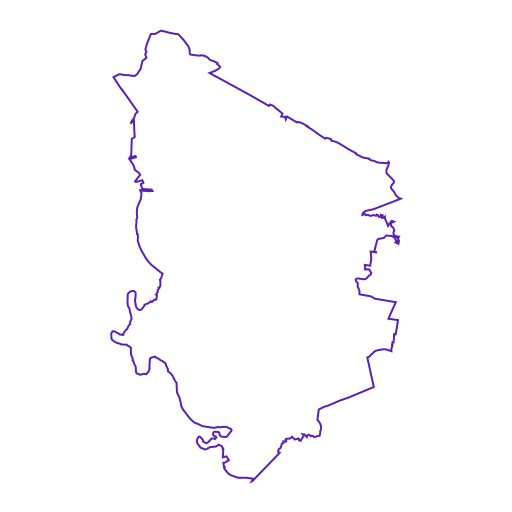 Carlos A. Carrillo, Veracruz, Mexico
{"feature_id": "50627088B62074843364155", "entity_name": "Carlos A. Carrillo", "entity_type": "district", "adm_level": 2, "iso_a3": "MEX", "parent_name": "Mexico", "parent_adm1": "Veracruz", "projection": "albers", "projection_center": [-95.723, 18.328], "detail": "fine", "context": "isolated", "style": "outline", "palette": "violet", "viewbox_px": 512, "rotation_deg": 0, "n_neighbors": 0, "source": "geoboundaries", "source_scale": "gbopen_adm2", "svg_char_len": 6080}
<svg xmlns="http://www.w3.org/2000/svg" viewBox="0 0 512 512"><path d="M155.3,33.9L150.9,34.0L147.2,43.0L145.4,49.3L146.5,52.0L145.2,54.2L146.4,57.8L142.5,60.9L140.5,69.1L137.0,74.3L134.8,75.9L133.5,75.9L128.0,75.2L123.4,74.9L119.6,74.1L113.5,77.1L119.9,87.0L122.1,90.1L122.2,89.8L137.7,111.8L135.3,114.1L134.0,118.5L133.7,118.5L132.0,120.7L130.9,122.9L131.2,123.1L133.5,120.1L134.0,120.4L134.2,128.3L134.7,137.0L131.8,138.9L131.2,155.2L129.7,157.7L135.5,156.0L135.9,157.2L129.5,159.2L133.3,164.8L134.9,169.4L134.7,169.6L135.3,170.3L138.6,172.6L140.2,174.8L135.0,181.4L135.6,181.9L137.4,181.7L142.3,180.2L143.4,182.8L140.8,184.2L142.2,188.9L144.8,189.2L151.6,189.6L152.4,191.0L148.5,191.2L141.9,190.6L140.3,190.2L140.8,191.8L141.1,191.9L141.4,193.0L141.3,195.3L140.7,199.4L137.8,206.0L137.2,207.9L136.8,212.9L137.2,218.1L136.4,219.3L136.5,222.4L136.0,226.4L137.1,234.1L137.7,234.2L137.9,236.9L137.8,240.5L138.4,242.8L139.4,246.0L141.2,250.1L145.8,258.1L148.4,261.7L151.3,264.8L161.1,272.7L162.6,273.6L161.2,278.0L160.0,279.6L160.1,280.8L160.5,281.1L160.3,282.5L160.4,285.5L159.7,287.1L158.7,287.5L159.2,288.1L158.0,289.6L157.7,290.7L157.7,292.0L156.9,293.2L156.9,293.6L156.1,294.5L156.8,294.7L156.9,295.6L156.4,299.1L155.8,299.8L155.1,299.6L154.3,299.9L151.8,302.0L150.7,301.3L150.0,302.1L147.7,303.5L145.2,304.4L144.4,305.1L144.5,305.6L141.3,309.6L139.6,310.0L138.7,309.8L137.3,308.7L136.3,307.2L135.8,305.5L134.9,300.2L135.4,298.4L135.7,293.8L135.3,292.2L133.9,291.0L133.3,290.9L131.0,291.3L129.6,292.1L128.3,293.3L127.7,294.5L127.5,303.3L127.9,305.8L129.5,308.7L130.1,312.5L130.7,313.9L131.6,318.8L130.1,322.0L130.3,323.7L128.8,325.4L127.1,329.0L125.5,330.4L123.4,333.5L123.3,334.9L119.9,334.5L118.1,333.2L115.2,331.8L113.2,331.1L112.0,332.0L111.3,333.6L111.4,338.2L112.0,339.8L115.4,342.2L117.3,343.1L119.8,343.6L120.9,344.3L124.5,344.7L125.6,344.6L126.9,344.7L127.4,345.5L128.9,346.2L130.9,347.8L130.9,351.5L131.1,352.6L130.9,354.3L132.7,358.5L132.6,360.4L133.5,361.3L134.3,364.1L135.7,366.7L136.0,371.6L136.4,373.0L136.9,373.5L138.6,374.0L140.0,374.8L144.0,373.8L146.3,374.2L148.5,371.7L149.7,368.1L149.4,367.0L149.7,361.8L150.1,358.5L150.6,357.9L154.9,356.6L156.1,357.6L158.1,358.5L160.9,360.4L162.8,361.3L165.0,362.9L165.6,363.6L166.3,365.9L168.0,369.3L167.8,371.1L170.5,373.3L172.7,376.0L175.5,381.7L176.5,382.5L177.0,392.4L179.6,397.9L179.9,399.9L180.6,401.8L181.1,405.6L182.0,407.5L183.0,409.5L190.0,418.6L193.2,421.6L195.2,423.0L197.4,423.7L202.6,426.2L213.9,427.9L218.2,427.0L220.8,427.2L222.4,426.9L226.4,426.9L231.1,429.1L231.6,430.3L230.8,431.6L226.5,437.0L221.3,436.6L219.8,435.5L219.4,433.1L218.5,432.0L214.6,431.7L213.9,432.0L213.1,433.4L213.1,434.8L214.5,436.3L215.7,436.5L216.4,437.2L215.3,438.9L213.1,438.5L211.6,438.6L208.2,442.2L206.3,443.3L203.2,441.6L203.0,440.3L201.7,438.4L200.2,436.9L198.9,436.6L197.4,438.7L196.8,440.8L197.2,443.1L200.5,447.6L204.9,449.4L206.1,449.3L210.2,447.1L216.1,446.5L218.8,444.7L221.7,446.2L222.5,447.5L222.7,448.9L223.3,448.8L222.9,457.3L226.5,456.4L228.9,460.2L224.9,462.6L223.4,462.7L223.8,465.9L224.7,467.1L224.0,467.5L224.8,469.3L226.0,470.8L228.2,473.4L230.7,475.1L237.7,477.7L237.9,477.5L240.4,477.9L240.8,477.7L246.7,477.8L253.3,478.7L251.8,481.3L252.6,480.9L279.7,452.8L278.2,452.0L278.1,451.5L278.7,449.3L280.6,447.9L281.8,443.8L283.3,443.1L283.3,441.3L285.7,441.8L286.3,441.0L285.6,439.4L286.2,438.8L290.2,438.5L292.1,436.8L294.8,439.5L298.4,438.5L299.0,438.7L299.0,440.1L300.5,440.9L303.3,436.4L303.6,435.1L302.8,434.3L304.5,434.5L306.8,437.1L307.4,435.5L308.7,434.6L310.9,436.2L311.6,435.7L312.7,435.9L313.8,436.8L314.9,436.9L319.7,435.6L320.2,433.3L320.2,431.5L320.8,430.0L321.1,427.0L320.6,424.7L319.1,421.8L317.4,419.9L318.8,409.5L324.8,406.5L326.9,406.1L340.3,400.4L347.9,397.8L373.8,387.0L367.3,357.4L369.7,356.5L370.7,355.1L375.0,351.1L377.7,350.2L383.1,349.3L385.9,349.3L391.4,351.2L391.3,349.1L392.5,345.4L392.0,345.3L392.5,342.3L393.4,342.5L393.8,340.4L394.1,334.2L395.7,334.4L398.0,320.1L388.4,318.7L395.8,302.2L374.9,298.7L371.0,296.4L359.5,294.3L359.4,290.4L357.8,286.8L357.6,285.7L357.9,284.1L357.5,282.9L356.2,281.5L355.6,279.7L356.5,278.7L357.8,278.4L363.7,279.3L366.4,278.6L368.6,276.0L370.6,274.7L371.3,272.9L369.1,269.4L367.7,269.3L365.5,269.6L364.8,269.0L365.3,267.8L364.8,266.2L364.8,264.9L370.2,265.7L371.3,258.7L370.7,251.5L376.1,252.4L376.1,252.1L374.2,251.8L377.1,240.4L378.1,239.0L383.7,238.0L386.3,235.5L391.7,236.0L394.6,237.6L395.7,240.0L397.2,241.1L395.5,242.4L398.4,243.8L399.0,241.1L398.3,239.1L397.4,238.0L398.3,237.7L398.9,236.7L397.6,236.5L396.6,236.8L395.9,235.9L394.0,235.6L393.6,234.1L393.4,232.3L394.4,230.5L393.2,227.7L391.1,225.9L391.0,223.8L391.7,222.6L393.9,221.7L391.7,220.8L389.4,223.6L388.0,225.9L387.1,223.3L385.0,218.6L384.9,216.7L383.6,217.8L382.2,217.9L382.7,215.3L381.0,214.8L380.5,216.9L378.7,216.9L378.3,215.3L376.7,214.7L376.2,215.7L373.0,215.1L371.5,215.7L370.1,215.9L368.5,215.0L365.8,215.2L365.3,214.0L362.4,214.9L362.8,213.4L363.3,212.6L364.3,211.7L365.7,210.9L373.6,209.2L400.7,198.7L398.3,197.6L395.6,195.0L394.3,192.1L392.3,189.9L390.9,187.7L390.9,187.1L391.8,185.1L393.9,182.5L393.9,180.8L386.8,173.5L386.5,172.7L386.3,170.8L387.0,168.5L388.3,165.7L389.0,162.6L388.5,161.9L387.8,163.0L386.3,163.2L379.2,162.7L377.0,162.3L373.9,160.8L371.4,160.4L370.1,159.8L368.9,159.0L369.1,158.7L368.6,158.5L363.9,157.8L362.2,157.2L356.1,154.2L356.1,153.3L349.5,149.8L339.8,143.8L336.1,141.9L331.3,140.7L330.9,139.0L326.2,137.8L325.1,138.6L324.6,138.3L318.5,134.3L312.5,129.9L307.1,126.5L307.5,126.3L306.0,125.3L303.0,123.7L299.8,122.3L298.3,122.2L297.5,121.9L297.2,122.4L296.9,122.4L287.0,116.5L285.8,119.4L285.0,116.8L281.2,116.6L282.4,113.5L276.2,108.4L275.8,108.3L273.3,105.8L269.6,104.6L268.9,105.9L248.9,94.5L209.6,73.0L214.8,71.0L218.6,68.8L219.8,67.5L220.0,66.5L217.2,64.2L217.6,63.1L214.2,61.4L210.1,60.0L207.6,57.4L205.3,56.2L202.7,55.4L201.0,55.3L200.2,55.6L197.2,55.5L190.6,54.6L189.8,53.9L189.6,49.5L188.1,45.8L187.1,44.7L183.5,39.8L178.2,34.2L175.9,34.0L169.9,32.9L164.7,31.5L160.8,30.7L155.3,33.9Z" fill="none" stroke="#5b21b6" stroke-width="2"/></svg>